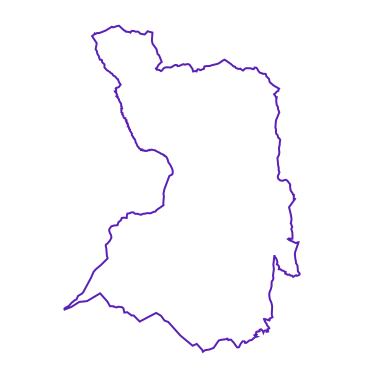 Ponor, Alba, Romania, rotated 276°
{"feature_id": "2599482B26420082553379", "entity_name": "Ponor", "entity_type": "district", "adm_level": 2, "iso_a3": "ROU", "parent_name": "Romania", "parent_adm1": "Alba", "projection": "natural_earth1", "projection_center": [23.399, 46.333], "detail": "fine", "context": "isolated", "style": "outline", "palette": "violet", "viewbox_px": 384, "rotation_deg": 276, "n_neighbors": 0, "source": "geoboundaries", "source_scale": "gbopen_adm2", "svg_char_len": 6016}
<svg xmlns="http://www.w3.org/2000/svg" viewBox="0 0 384 384"><g transform="rotate(276 192 192)"><path d="M302.9,267.3L303.9,267.8L306.4,262.1L309.4,257.8L312.6,256.7L314.9,253.8L316.8,253.2L317.2,252.8L316.9,249.8L317.4,249.3L317.7,247.1L319.5,245.2L321.6,243.8L322.3,243.0L322.3,241.2L320.7,240.5L320.5,239.6L321.1,237.7L320.9,233.3L320.1,231.7L318.2,230.2L318.3,229.5L319.7,227.0L319.2,225.5L320.0,222.5L321.1,221.8L321.3,220.1L323.2,217.6L327.0,210.7L326.1,209.1L322.9,205.4L322.1,204.0L319.9,197.8L319.2,196.6L318.6,192.5L318.1,191.2L315.6,190.9L315.2,189.6L314.2,188.1L314.0,187.4L314.6,186.5L314.6,184.7L312.4,183.9L312.7,182.8L312.0,180.5L314.5,179.6L318.4,176.2L318.8,174.4L317.9,171.6L318.2,169.9L315.9,165.8L315.7,164.5L316.6,163.9L316.6,162.0L313.6,157.9L313.4,153.9L312.9,152.0L312.1,150.9L309.8,149.5L309.0,148.5L309.9,146.8L309.8,145.9L310.2,144.9L310.0,144.0L311.1,143.2L312.0,144.2L314.7,145.3L317.0,147.1L318.2,148.3L324.5,145.0L325.5,143.4L330.3,141.8L335.3,137.3L338.4,136.3L346.4,136.0L347.2,131.1L343.7,128.5L344.0,124.2L345.7,122.0L345.8,121.5L345.6,119.0L346.0,117.3L346.0,115.4L344.9,114.4L344.1,114.1L344.5,113.3L344.6,109.3L345.4,108.7L345.5,107.8L346.1,106.9L349.7,102.1L349.3,100.4L347.6,96.8L347.5,96.3L348.0,95.1L343.7,89.5L341.7,85.8L340.3,82.9L340.3,81.2L339.1,79.6L339.6,78.7L338.3,78.1L336.6,76.3L330.3,81.5L329.2,81.7L324.1,81.2L323.7,81.4L322.3,82.6L319.6,83.4L317.6,85.0L314.2,86.4L313.9,86.7L314.0,87.9L313.6,88.8L311.7,89.0L309.8,91.6L306.7,91.9L304.3,94.6L302.8,97.7L301.8,98.8L301.2,100.4L299.8,101.3L298.6,103.9L297.0,105.3L296.4,106.6L293.7,107.8L291.4,109.8L288.8,108.3L288.2,107.4L287.7,105.8L287.0,105.3L286.0,105.9L284.1,105.7L284.0,104.8L283.6,105.0L283.5,106.2L282.5,106.2L281.1,107.3L279.2,106.8L278.8,107.3L279.0,108.2L277.8,108.5L276.7,109.6L275.7,109.8L273.4,111.3L272.7,112.1L270.8,112.6L270.1,112.5L269.1,113.4L267.4,112.8L267.2,112.9L267.2,113.5L266.6,113.2L264.0,113.4L263.2,114.7L262.5,114.8L262.1,114.4L261.4,114.9L260.9,115.6L259.4,116.0L258.4,116.8L258.4,118.1L256.9,118.4L256.7,119.2L255.7,119.1L255.6,119.6L254.4,119.6L254.1,120.0L254.0,120.5L253.7,120.7L253.1,120.4L252.4,121.2L251.6,121.5L250.5,121.3L250.5,121.9L249.9,122.4L248.1,122.9L248.1,123.3L247.5,123.9L246.7,123.8L243.5,126.3L242.3,126.2L240.9,127.6L240.2,127.8L240.0,128.3L239.3,128.4L238.4,129.7L236.6,130.5L235.8,130.6L234.0,131.9L231.7,133.1L230.8,134.4L229.9,134.8L229.2,136.6L228.3,136.8L228.3,137.1L229.1,137.7L229.1,138.3L228.2,138.8L228.3,139.4L227.9,140.2L228.3,140.8L228.0,141.6L228.2,143.1L228.8,143.7L228.8,144.2L229.5,145.2L229.1,145.8L229.9,147.2L229.5,151.2L229.2,151.5L227.3,156.5L226.9,157.1L226.3,159.3L225.6,159.9L225.7,160.6L224.8,161.3L224.8,162.1L224.0,163.0L221.8,164.4L218.9,165.5L216.9,167.4L213.3,169.7L211.0,170.6L209.0,170.8L207.4,170.5L205.6,167.8L191.7,164.2L187.3,163.8L184.8,164.5L178.4,164.6L175.9,165.0L170.3,158.6L168.7,157.6L168.2,155.9L166.5,153.0L166.3,149.7L165.4,146.9L165.3,145.7L164.0,143.7L164.6,140.2L164.4,137.6L165.5,136.1L165.6,135.0L165.2,133.6L164.2,131.9L163.8,130.0L161.9,129.7L159.4,129.8L159.3,126.4L158.8,124.8L156.7,124.4L154.2,122.0L151.2,121.4L150.5,117.9L149.5,115.5L148.6,114.8L146.1,113.6L145.0,113.6L142.0,115.0L141.4,115.6L140.0,116.2L138.0,116.6L135.2,115.5L132.0,113.4L130.8,112.0L129.9,111.7L126.8,112.7L120.3,113.9L117.1,115.0L110.0,109.2L105.4,104.7L102.4,102.5L96.3,100.6L81.0,94.3L79.5,93.3L76.7,89.5L73.1,88.4L72.1,86.7L69.2,83.8L65.8,81.4L63.5,78.1L62.7,77.3L61.8,77.6L65.0,83.9L70.9,91.4L72.5,99.0L81.6,111.2L74.2,119.3L69.8,122.4L70.2,124.9L69.8,125.8L70.0,126.5L69.4,127.7L69.4,129.3L70.2,130.6L70.1,134.5L69.0,136.0L65.0,137.3L65.7,140.2L62.9,144.8L63.1,146.9L57.7,153.5L68.0,169.0L65.7,174.1L61.2,178.2L60.3,181.9L48.0,195.5L39.2,208.7L41.4,212.6L36.1,218.6L34.3,219.5L36.1,221.7L37.1,225.6L39.2,229.8L47.1,234.1L47.9,236.0L49.2,241.3L49.9,242.3L49.9,242.6L48.5,243.5L49.3,245.9L49.1,246.3L46.7,249.1L42.3,253.0L42.2,254.2L42.7,255.0L46.0,256.2L48.8,257.9L49.0,259.8L48.6,260.2L47.5,260.5L47.6,261.7L50.4,264.7L51.0,266.8L54.1,269.7L55.0,271.8L55.4,270.3L56.2,269.1L56.5,269.5L55.9,270.2L56.0,270.8L56.7,270.3L57.1,270.9L57.4,270.3L58.7,270.7L59.2,270.4L60.1,271.5L60.3,273.4L60.6,273.8L61.8,273.5L62.5,274.4L62.7,274.9L62.6,275.3L60.7,277.2L59.6,277.7L61.2,278.2L61.7,278.6L62.1,280.5L61.9,280.8L60.8,280.9L61.3,282.3L63.5,281.6L64.5,283.1L65.0,282.9L67.3,280.6L68.7,280.0L70.2,278.6L73.2,276.8L73.3,276.9L73.0,279.4L72.5,281.3L72.4,282.5L73.2,282.7L73.9,282.3L74.6,283.0L75.8,285.1L78.7,284.1L86.5,283.7L89.8,282.7L93.8,280.5L98.1,279.5L100.9,279.7L103.8,280.6L107.0,281.0L109.2,280.7L111.5,280.7L112.6,281.5L114.6,282.0L117.4,281.3L123.9,281.5L128.3,280.5L137.8,280.6L136.6,281.0L134.3,282.9L132.3,283.9L130.6,284.3L129.0,283.9L128.5,284.9L126.8,286.5L124.3,286.4L124.4,288.2L123.5,289.2L123.3,290.6L122.2,293.6L121.0,293.1L120.5,293.3L120.4,294.2L119.8,295.2L119.7,296.1L120.1,297.5L119.2,298.5L119.2,300.4L118.2,301.4L120.1,304.2L119.6,305.0L120.0,306.1L121.0,307.4L121.7,307.7L122.9,307.0L124.0,305.7L129.8,304.6L132.3,302.8L134.0,302.6L135.5,302.0L140.1,300.9L142.7,300.8L153.1,303.2L152.9,302.2L152.1,300.8L152.2,300.1L153.2,297.6L154.3,293.8L155.2,292.4L156.0,293.4L155.7,294.7L156.0,296.7L158.4,296.6L162.3,296.0L165.7,294.6L167.6,295.3L168.3,295.2L169.1,294.5L170.7,294.0L171.1,293.5L174.7,293.9L178.9,293.0L187.0,290.1L195.9,295.2L196.0,295.0L195.5,294.2L195.6,293.9L199.9,293.6L200.0,292.7L201.2,292.2L203.9,289.9L207.8,288.9L209.7,288.9L212.5,286.3L213.3,285.5L213.9,284.3L213.7,283.0L212.7,281.2L212.6,279.6L213.0,278.0L214.3,276.4L216.0,275.7L216.9,275.8L220.7,276.9L223.1,275.8L224.9,275.8L227.1,275.0L234.9,273.4L237.3,274.4L239.8,274.8L244.9,273.9L248.3,274.3L250.4,274.1L253.0,274.3L254.5,273.2L254.8,272.3L258.0,270.8L258.6,269.8L260.2,269.2L263.1,269.0L264.8,268.2L271.8,268.0L280.4,270.5L283.7,268.8L285.2,268.7L287.8,267.0L291.6,266.2L294.8,266.3L294.5,265.8L295.4,265.5L297.8,263.4L298.8,264.5L300.5,265.7L301.7,267.3L302.9,267.3Z" fill="none" stroke="#5b21b6" stroke-width="2"/></g></svg>